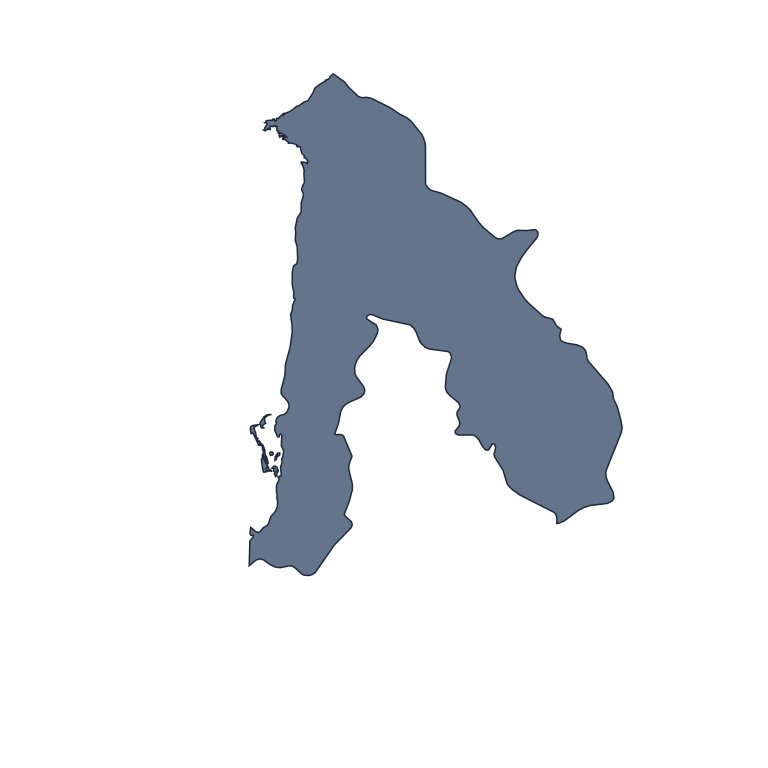 Tabuk, orthographic projection, rotated 37°
{"feature_id": "SAU-848", "entity_name": "Tabuk", "entity_type": "Region", "adm_level": 1, "iso_a3": "SAU", "parent_name": "Saudi Arabia", "parent_adm1": "", "projection": "orthographic", "projection_center": [36.673, 26.762], "detail": "fine", "context": "isolated", "style": "filled", "palette": "slate", "viewbox_px": 768, "rotation_deg": 37, "n_neighbors": 0, "source": "natural_earth", "source_scale": "10m", "svg_char_len": 6177}
<svg xmlns="http://www.w3.org/2000/svg" viewBox="0 0 768 768"><g transform="rotate(37 384 384)"><path d="M385.7,610.3L371.4,590.2L371.6,585.6L371.2,583.9L370.5,583.6L369.3,584.8L368.4,584.9L366.7,583.9L363.9,578.7L370.4,579.1L372.8,578.3L373.9,576.6L374.0,571.4L376.0,567.1L375.7,564.8L373.4,558.1L373.9,552.1L373.7,549.8L372.4,545.7L369.6,541.7L366.7,539.2L365.8,537.3L363.2,535.1L359.8,530.7L358.7,528.5L358.0,524.3L355.6,520.8L357.2,519.7L355.8,517.4L351.7,513.2L349.5,507.6L347.3,505.5L347.3,503.7L344.2,497.8L339.1,495.1L333.2,486.4L331.2,486.3L331.1,487.4L332.0,489.6L330.9,490.2L324.8,486.9L322.7,484.2L322.0,482.6L321.9,479.8L320.2,479.1L319.1,476.5L319.0,474.1L319.9,471.8L323.0,467.5L323.3,464.7L322.1,459.5L319.9,457.2L317.0,455.7L310.8,454.6L307.5,453.4L305.3,450.5L299.6,436.6L293.5,427.7L286.8,411.0L279.6,398.0L275.3,392.5L267.7,384.9L266.3,380.5L263.5,375.7L261.8,369.3L260.1,369.8L256.8,365.1L250.9,359.8L243.7,350.3L241.2,345.2L240.8,343.4L242.1,340.3L239.5,335.7L232.0,326.6L226.6,322.6L222.1,315.9L219.4,313.1L215.0,304.1L214.2,296.4L208.9,289.2L206.6,282.9L204.8,280.3L202.1,279.0L200.9,277.8L199.7,274.5L199.3,271.5L198.5,270.1L193.9,264.8L191.6,261.3L185.9,257.1L185.9,257.8L185.3,257.8L184.3,256.4L189.1,253.6L190.0,254.0L189.1,251.9L185.4,250.7L184.2,251.4L182.7,249.6L179.6,249.3L174.4,245.1L173.5,245.7L171.5,245.6L172.5,247.1L169.6,245.5L164.1,247.8L163.2,249.1L162.6,249.1L162.6,248.4L157.2,248.3L155.9,249.7L155.2,249.0L155.2,248.3L155.9,248.3L155.6,246.8L157.7,245.5L155.1,245.1L154.1,245.5L154.7,246.9L153.0,247.9L152.2,249.7L151.0,248.9L153.5,246.9L153.5,245.5L151.2,245.6L150.4,247.4L149.1,247.4L149.2,246.1L147.9,246.8L147.1,245.4L146.1,246.1L145.3,245.4L143.7,242.5L142.4,243.9L141.2,243.0L140.5,245.3L138.0,246.6L138.0,247.2L139.9,248.7L139.9,249.5L138.7,250.1L138.0,249.5L136.8,253.3L134.9,253.6L135.5,252.8L134.5,250.7L134.4,246.9L133.7,246.1L131.5,247.0L131.9,245.8L131.4,245.1L132.7,243.2L136.3,240.3L135.8,239.6L136.4,238.7L137.6,238.3L137.0,238.9L138.6,239.6L139.1,239.4L139.4,238.3L138.9,238.3L138.4,236.3L140.1,235.5L139.9,233.9L140.8,229.2L142.1,229.9L142.1,228.5L141.3,229.1L140.8,228.5L142.6,226.8L144.5,223.5L146.0,219.8L147.0,215.0L148.8,212.4L150.1,207.7L152.8,203.3L152.0,193.9L150.7,189.3L152.5,183.0L155.1,177.1L155.1,176.5L154.6,176.5L156.1,173.9L156.4,172.6L155.9,170.9L156.8,166.9L170.5,166.5L177.8,168.4L190.4,169.8L194.2,168.6L197.3,165.7L200.4,164.1L204.2,163.0L222.5,159.6L234.3,159.0L241.3,157.7L247.1,157.7L264.6,162.1L270.7,165.9L273.6,168.6L296.5,198.8L297.6,199.7L301.3,200.9L303.5,201.0L305.0,201.0L314.7,197.2L336.2,192.5L343.3,192.5L348.4,193.2L362.0,197.8L369.4,199.3L384.9,200.1L387.3,199.5L389.4,198.4L390.8,196.7L395.5,185.2L397.9,181.1L405.6,175.6L411.1,170.3L413.0,169.5L415.0,169.9L416.6,171.3L417.7,173.3L418.1,175.6L417.4,192.0L417.7,200.9L419.4,211.1L423.3,218.7L424.9,220.7L430.9,225.6L435.1,227.9L445.0,231.3L450.5,232.4L468.4,234.0L471.7,233.8L479.9,230.7L486.9,233.7L492.5,233.7L495.2,239.7L498.5,242.6L500.7,242.8L505.2,241.5L514.5,236.6L520.1,235.2L522.4,235.3L525.3,236.4L528.8,239.2L530.4,241.3L534.1,243.0L563.2,249.3L571.5,252.9L575.9,257.5L584.2,261.9L595.0,270.4L600.4,275.5L602.7,279.8L613.5,319.5L614.5,321.4L617.4,324.6L620.9,327.0L632.0,332.5L636.2,336.6L636.6,338.7L636.4,340.8L634.2,345.0L621.7,357.0L617.8,362.6L615.2,368.3L610.4,384.8L607.2,390.3L605.9,391.4L602.7,386.9L601.1,385.6L599.0,384.4L596.9,384.2L559.3,390.9L550.2,391.1L545.7,390.6L542.2,389.5L531.1,381.3L516.3,375.7L514.1,373.8L511.5,367.7L509.4,366.0L507.7,365.8L506.6,367.0L507.2,372.7L506.8,374.4L504.6,375.5L500.2,374.6L493.5,371.5L488.2,370.5L485.1,371.6L474.6,379.7L471.8,380.5L470.0,380.0L469.1,378.5L469.3,372.3L468.6,370.4L467.0,368.7L461.4,365.2L459.9,363.6L459.2,361.9L458.9,357.3L458.1,355.8L454.7,354.1L443.5,353.5L439.6,352.8L437.0,351.5L434.9,349.7L427.9,338.6L422.7,323.4L421.4,321.6L419.0,319.9L417.3,319.4L415.7,319.5L398.9,328.9L394.8,329.9L389.0,329.2L386.3,328.1L378.6,323.3L374.6,321.6L369.3,321.1L344.1,332.8L333.7,335.5L331.7,336.4L330.2,338.0L329.6,339.8L330.0,341.4L331.5,342.4L342.2,341.5L345.4,343.3L346.8,344.7L348.3,347.7L349.9,356.6L349.7,362.2L347.8,376.1L348.0,380.3L349.1,385.0L351.1,389.2L354.6,393.1L356.7,394.5L369.3,398.4L371.3,399.6L372.9,401.3L373.8,403.8L373.5,408.3L367.3,419.2L365.6,423.4L365.1,427.6L365.9,431.8L371.2,442.5L374.8,453.8L376.2,453.4L379.5,450.6L381.5,449.9L383.5,450.2L401.4,460.6L402.2,461.6L403.7,467.2L405.6,471.3L407.2,473.3L419.2,483.2L422.2,487.1L426.5,497.6L430.7,512.0L433.0,512.9L440.8,513.6L443.2,515.4L444.0,517.3L444.2,519.3L441.2,542.4L442.6,575.9L441.4,579.3L439.6,581.9L435.2,584.8L432.9,585.2L424.3,584.4L420.2,584.6L418.2,585.9L411.5,593.3L407.1,595.7L401.5,596.8L393.9,596.9L390.2,598.3L387.7,601.8L385.7,610.3ZM344.7,521.0L346.2,520.9L346.5,521.4L344.1,522.9L342.2,525.8L340.9,526.8L338.9,525.6L331.5,518.1L331.4,516.3L329.5,513.8L329.5,513.1L331.4,514.1L333.8,516.8L342.3,520.2L342.7,520.9L340.8,521.0L340.5,522.3L341.3,523.5L342.4,523.2L344.7,521.0ZM320.9,505.3L320.3,507.1L319.5,507.6L310.3,502.7L308.3,502.2L307.7,503.6L303.9,500.1L303.3,497.9L304.1,496.2L308.1,492.1L307.7,493.9L306.2,496.2L307.0,498.0L310.6,500.0L314.1,503.4L316.1,503.3L316.8,505.1L318.4,505.4L318.7,504.4L320.9,505.3ZM308.2,489.2L308.0,482.0L309.5,478.5L312.5,476.0L310.2,478.8L309.2,482.5L310.0,484.3L311.8,486.0L313.1,486.4L312.0,489.8L312.2,490.9L312.9,491.4L314.3,491.4L312.9,492.7L311.7,492.5L308.9,490.3L308.2,489.2ZM331.7,513.9L329.0,512.0L328.5,510.2L326.4,509.7L325.6,508.0L324.2,507.0L322.6,507.1L320.7,508.2L320.8,507.3L321.7,505.9L323.1,505.5L324.8,506.1L329.4,509.1L330.4,511.1L335.3,513.7L338.5,516.4L339.3,517.3L338.9,518.5L334.9,516.1L334.0,514.3L331.7,513.9ZM352.5,520.8L354.0,522.1L352.7,521.9L352.9,523.0L350.4,521.7L350.1,519.9L348.1,520.1L347.0,517.9L345.1,518.6L345.6,516.0L346.5,514.9L348.9,515.1L350.0,515.8L350.9,517.8L351.5,517.7L351.7,517.0L352.1,517.5L352.5,520.8ZM340.9,507.7L340.7,503.0L342.2,501.8L343.4,503.2L343.2,504.9L342.1,504.7L343.4,509.8L343.0,510.7L340.9,507.7ZM336.2,509.3L334.1,507.9L334.3,506.5L335.5,505.6L336.8,505.7L337.8,506.8L337.7,508.0L336.2,509.3Z" fill="#64748b" stroke="#1e293b" stroke-width="1.5"/></g></svg>